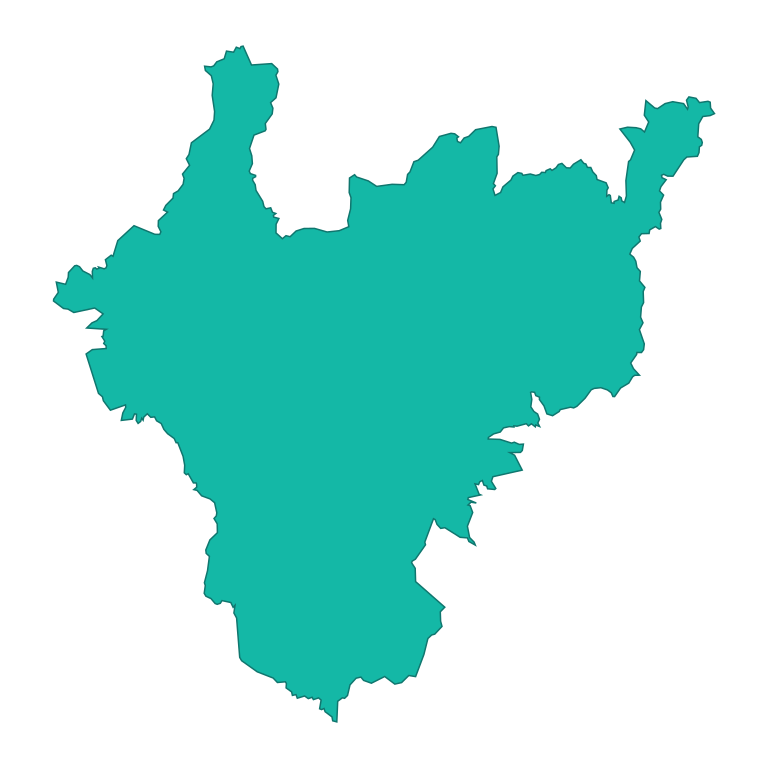 Tetela de Ocampo, Puebla, Mexico
{"feature_id": "50627088B39259384142241", "entity_name": "Tetela de Ocampo", "entity_type": "district", "adm_level": 2, "iso_a3": "MEX", "parent_name": "Mexico", "parent_adm1": "Puebla", "projection": "natural_earth1", "projection_center": [-97.768, 19.812], "detail": "fine", "context": "isolated", "style": "filled", "palette": "teal", "viewbox_px": 768, "rotation_deg": 0, "n_neighbors": 0, "source": "geoboundaries", "source_scale": "gbopen_adm2", "svg_char_len": 6079}
<svg xmlns="http://www.w3.org/2000/svg" viewBox="0 0 768 768"><path d="M206.0,596.3L211.0,598.6L215.1,603.5L217.2,604.3L220.3,603.3L222.0,600.6L230.8,602.5L233.1,607.3L235.0,605.3L233.9,613.0L236.6,618.0L239.7,657.4L241.6,660.7L257.2,671.8L273.1,678.0L277.4,682.5L285.4,681.8L286.4,683.5L286.1,687.9L291.6,691.9L292.4,695.4L296.0,694.6L297.3,698.2L304.6,696.0L308.3,698.6L312.1,697.3L313.4,699.6L318.6,697.9L321.1,700.1L319.6,708.8L321.6,709.6L324.0,708.5L325.1,711.7L332.0,716.9L332.7,720.8L336.8,721.9L337.7,701.3L342.4,697.8L344.6,698.3L347.5,695.5L350.0,684.9L356.1,678.2L360.9,677.1L363.6,680.4L371.4,683.2L384.7,676.5L394.8,684.1L401.6,682.6L408.8,675.5L415.6,676.6L423.9,654.5L427.9,638.5L431.6,635.0L434.8,634.1L442.0,626.4L440.6,621.2L440.3,611.8L444.8,607.2L415.6,581.6L415.2,568.3L411.6,562.8L412.2,561.1L415.4,559.2L425.5,544.8L424.8,542.1L433.5,518.7L435.2,519.6L437.0,524.4L440.7,528.4L444.9,527.7L460.1,537.3L467.4,537.9L468.9,541.5L475.3,545.1L474.1,542.1L469.6,537.5L467.4,526.2L472.7,512.5L470.1,505.6L468.0,505.0L471.0,502.2L476.3,503.0L467.8,499.5L468.3,497.6L480.7,494.9L479.1,494.2L475.0,483.8L478.5,484.6L479.8,481.7L482.4,480.5L483.9,485.1L486.7,486.0L487.6,488.8L494.7,489.5L495.8,488.5L491.4,481.3L492.9,476.7L522.2,470.1L514.6,455.2L509.8,452.6L520.5,452.4L522.3,450.5L523.4,444.1L519.2,444.4L514.3,442.2L511.6,443.1L500.0,439.4L488.2,439.0L488.4,437.4L493.6,433.9L500.3,432.0L503.5,427.9L509.2,426.6L514.0,427.0L513.9,425.8L517.0,426.2L526.3,423.7L528.5,425.9L531.4,423.8L535.3,426.8L535.7,425.0L539.6,426.5L537.8,423.0L539.5,419.3L537.6,414.0L533.9,411.5L530.8,406.8L531.8,399.4L530.6,392.4L531.6,391.9L534.6,392.3L535.8,395.6L539.5,397.2L539.4,399.5L544.0,405.9L546.9,413.9L552.6,415.7L559.2,411.5L560.2,409.6L570.5,407.2L573.7,407.9L576.9,406.3L585.1,398.2L591.2,389.8L594.2,388.4L600.9,387.7L607.4,389.9L611.2,392.7L612.9,396.5L614.6,396.6L620.6,388.0L628.8,383.1L632.6,376.8L634.7,375.3L639.4,375.2L633.5,368.7L630.7,363.0L636.6,354.5L636.9,352.5L641.5,352.5L643.6,349.7L644.3,343.9L639.4,329.6L643.0,322.8L640.6,317.2L641.4,307.0L643.6,302.6L643.2,291.5L644.9,287.4L639.5,280.9L640.3,271.4L637.0,267.7L635.8,261.2L633.6,257.2L629.8,254.1L632.3,248.4L640.2,241.1L638.9,237.0L641.5,233.7L649.1,233.5L649.7,229.9L655.4,226.6L659.2,229.1L660.8,228.5L660.5,223.2L661.8,219.4L658.9,212.3L660.7,209.2L660.5,202.1L663.6,195.1L659.5,190.9L660.9,186.7L666.2,179.7L662.0,177.7L661.5,175.3L663.7,174.3L667.6,176.1L673.0,176.2L683.8,159.8L686.9,157.0L697.4,156.3L699.0,152.6L699.4,146.8L701.7,145.3L702.3,142.5L701.3,139.4L697.8,136.8L698.7,123.8L702.8,116.5L710.1,115.6L714.5,113.6L710.6,108.1L710.2,102.2L708.0,101.3L699.5,102.6L696.0,98.3L688.9,96.9L686.5,100.2L688.2,106.9L687.5,109.2L683.6,103.6L672.7,101.7L665.1,103.6L657.6,108.6L654.7,108.0L645.9,100.6L644.3,115.2L648.7,122.0L644.5,132.0L640.7,128.8L636.0,127.7L627.5,127.2L619.9,129.0L630.2,142.2L634.6,150.1L630.5,159.9L628.6,161.5L625.9,180.6L626.4,196.0L624.5,202.5L621.8,200.9L621.2,197.8L619.1,196.3L618.1,200.0L614.1,201.5L614.0,203.3L611.3,202.8L610.3,195.5L609.0,194.7L606.7,196.3L606.9,190.2L608.2,187.8L606.1,182.8L597.0,179.5L596.3,175.6L592.8,171.9L590.8,167.5L587.4,167.4L585.9,164.0L583.7,163.3L580.9,159.7L573.5,164.2L570.2,168.0L566.4,167.8L561.9,163.4L558.4,164.5L556.0,167.8L552.0,170.4L550.2,168.8L546.1,170.6L545.4,172.5L541.7,172.3L539.6,174.5L535.8,175.5L530.3,174.0L523.0,175.3L521.8,173.4L517.9,172.6L512.9,176.1L510.9,180.1L502.9,186.9L500.6,192.5L495.0,195.4L493.0,188.9L495.4,185.8L493.4,183.6L497.1,173.3L496.8,156.8L498.4,154.4L499.1,146.2L496.0,127.3L492.0,126.5L475.6,129.7L468.7,136.4L464.1,138.0L460.5,142.8L457.5,141.5L456.8,138.1L458.5,136.8L454.7,133.8L451.0,133.3L439.4,136.5L432.7,147.2L418.2,160.2L413.9,161.7L410.0,171.9L407.6,174.4L406.2,182.3L404.1,184.7L392.1,184.3L376.7,186.4L368.3,180.9L356.6,177.0L354.6,174.7L349.5,178.0L349.2,192.6L351.0,197.7L350.6,208.8L347.7,220.4L348.8,226.7L339.2,230.7L327.1,232.0L314.5,228.4L304.0,228.5L296.1,231.0L290.1,236.7L286.0,235.7L282.4,238.7L276.0,232.9L276.1,224.2L278.9,218.5L273.7,217.1L273.4,215.4L275.8,213.5L272.5,212.3L270.7,207.8L266.0,208.8L264.0,206.6L262.7,201.3L256.0,190.4L255.2,184.7L252.6,180.2L252.7,178.3L255.6,176.7L255.6,175.4L250.4,173.6L249.2,171.1L252.4,163.6L251.8,155.8L249.5,148.5L254.0,135.1L265.2,130.8L266.0,129.3L265.3,123.5L272.2,113.9L272.9,108.2L270.6,102.6L276.0,97.8L278.8,84.1L275.9,75.2L277.9,71.7L277.5,69.0L271.7,63.6L251.5,65.0L243.1,46.1L241.0,46.6L239.9,48.6L236.3,47.2L233.6,52.2L226.5,51.1L224.2,58.8L216.8,61.8L213.7,65.9L211.0,66.9L204.6,66.2L205.4,70.5L211.3,75.7L213.2,83.8L212.2,95.4L214.6,111.5L214.0,120.1L209.6,129.1L191.4,142.8L189.0,154.5L186.3,158.7L189.6,165.3L182.5,174.1L184.1,178.3L183.1,184.3L178.1,190.9L173.5,193.6L173.0,198.1L165.8,205.4L163.5,210.0L167.6,212.1L158.4,220.6L158.2,226.3L160.9,231.8L159.7,234.4L154.8,234.3L134.0,225.7L117.8,240.6L113.0,256.3L111.2,255.2L105.4,259.7L106.9,265.6L106.1,267.8L104.2,268.8L98.6,267.1L99.2,268.1L96.8,269.1L95.3,267.8L93.3,268.3L92.3,271.4L92.5,278.0L89.9,274.6L82.9,271.0L79.5,266.7L76.7,265.4L74.7,265.8L68.5,272.5L68.2,277.3L65.6,284.3L56.3,282.1L58.3,292.4L53.7,299.1L53.5,301.0L63.5,308.5L68.0,309.1L73.8,312.5L94.7,308.0L103.1,313.9L96.9,320.6L91.9,322.9L86.7,328.0L106.3,329.3L103.7,330.8L103.1,336.1L101.9,336.5L104.8,341.2L103.7,343.5L106.1,345.7L106.2,348.5L92.3,349.6L86.1,354.0L98.5,393.4L102.4,396.7L103.4,400.8L110.4,410.2L125.5,404.9L125.7,407.4L122.8,413.0L121.3,420.4L132.4,419.1L134.5,413.9L136.5,414.2L136.2,420.4L138.1,423.4L140.6,421.5L141.7,418.2L143.1,420.2L143.7,417.2L147.3,413.8L150.8,417.3L154.6,416.9L156.6,420.8L161.2,423.5L163.9,429.4L167.6,433.7L174.2,438.5L176.1,442.7L177.8,442.7L183.1,456.4L184.7,465.3L184.3,472.8L186.3,474.7L188.2,473.7L193.4,482.9L196.1,482.9L196.6,484.0L196.7,487.2L193.8,489.6L197.1,490.4L201.6,495.8L210.0,498.9L214.6,502.7L216.8,512.8L216.3,515.9L214.0,518.5L217.2,523.8L217.4,532.7L209.9,539.9L205.8,550.0L206.2,553.4L209.4,556.4L207.5,570.8L204.4,582.8L205.3,585.5L204.2,593.3L206.0,596.3Z" fill="#14b8a6" stroke="#0f766e" stroke-width="1.5"/></svg>